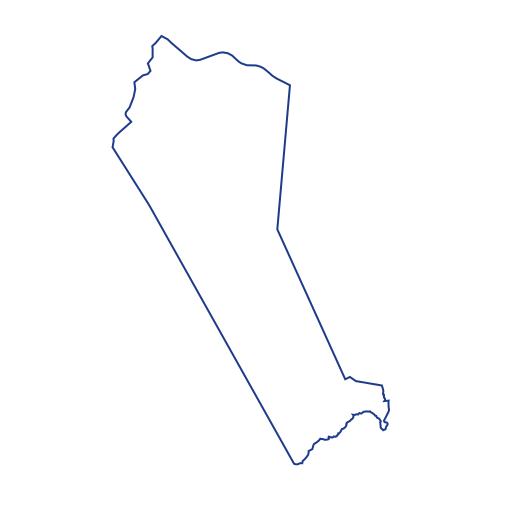 outline of Ngerkeai, Aimeliik, Palau, rotated 282°
{"feature_id": "81905179B59799521808446", "entity_name": "Ngerkeai", "entity_type": "district", "adm_level": 2, "iso_a3": "PLW", "parent_name": "Palau", "parent_adm1": "Aimeliik", "projection": "orthographic", "projection_center": [134.503, 7.436], "detail": "fine", "context": "isolated", "style": "outline", "palette": "blue", "viewbox_px": 512, "rotation_deg": 282, "n_neighbors": 0, "source": "geoboundaries", "source_scale": "gbopen_adm2", "svg_char_len": 2051}
<svg xmlns="http://www.w3.org/2000/svg" viewBox="0 0 512 512"><g transform="rotate(282 256 256)"><path d="M284.1,140.4L282.9,141.5L60.7,336.4L60.5,338.5L61.1,340.3L62.5,342.3L62.9,344.3L65.2,344.3L66.6,345.4L69.7,347.2L72.6,348.4L74.1,348.4L76.1,348.0L77.2,349.3L78.9,351.3L81.9,351.4L83.3,351.6L84.5,352.0L85.1,352.9L86.6,354.3L88.6,355.9L90.7,356.9L90.5,358.1L90.9,359.4L90.5,361.3L91.3,364.0L91.9,365.0L92.7,365.4L93.6,365.1L93.9,364.6L94.5,364.9L94.3,366.1L94.3,368.4L94.9,369.2L95.6,369.5L95.7,371.3L96.5,372.4L97.1,372.3L97.9,373.1L98.6,373.4L99.5,373.3L99.5,374.0L101.7,375.2L104.6,376.0L105.4,377.6L106.2,378.0L106.9,378.8L108.4,379.4L109.5,379.6L110.3,379.2L110.8,379.6L111.9,379.5L114.1,382.1L116.2,383.4L116.6,383.9L117.4,384.4L118.4,384.7L119.4,384.6L120.2,384.7L120.9,383.9L121.0,385.5L121.4,386.2L122.0,386.9L122.2,388.8L122.8,389.0L123.9,389.9L123.7,391.0L124.0,392.0L126.0,393.6L127.1,396.9L127.0,398.0L127.6,399.3L127.7,400.0L127.1,400.6L126.6,402.6L126.1,403.4L125.5,404.8L124.6,405.6L124.6,406.8L123.0,408.0L122.5,410.3L120.2,412.5L119.0,412.1L113.9,413.8L112.8,415.2L112.6,416.4L112.1,416.7L113.5,418.7L116.1,418.8L118.5,419.8L119.6,419.5L120.3,418.7L120.2,416.4L121.4,415.4L131.5,418.1L133.6,418.0L135.5,417.2L138.8,416.4L141.0,415.9L142.1,415.8L140.8,411.7L142.0,412.2L143.6,411.6L144.1,410.6L146.9,410.0L146.8,409.3L147.7,408.8L149.1,408.8L150.9,408.5L155.5,406.1L154.4,379.7L157.2,373.0L154.0,368.9L286.5,271.3L430.1,253.7L433.8,239.6L435.7,234.5L438.0,230.6L441.3,224.2L442.2,220.2L442.4,216.4L440.7,207.5L441.4,201.7L442.5,198.8L444.4,195.5L447.2,190.8L448.5,186.1L448.3,181.4L447.1,177.8L436.3,160.6L434.9,156.9L435.1,151.7L436.7,147.4L440.3,140.9L446.6,129.3L449.6,124.5L451.5,117.8L443.8,113.7L439.7,110.9L437.6,111.7L428.8,113.6L426.0,112.2L421.8,110.2L420.0,111.4L415.1,114.3L411.5,112.3L409.2,107.9L400.7,100.9L394.1,103.2L385.8,103.2L375.2,101.5L369.5,98.8L367.3,99.0L365.6,100.2L361.3,106.1L348.5,96.6L345.0,94.3L341.3,92.2L338.6,92.9L332.5,93.1L284.1,140.4Z" fill="none" stroke="#1e3a8a" stroke-width="2"/></g></svg>